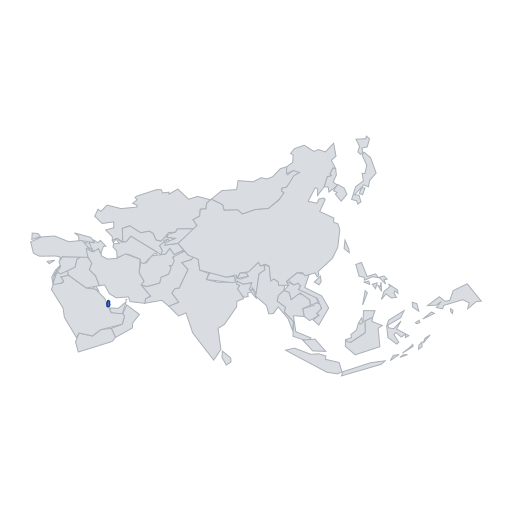 where Qatar sits in Asia
{"feature_id": "QAT", "entity_name": "Qatar", "entity_type": "country or territory", "adm_level": 0, "iso_a3": "QAT", "parent_name": "Asia", "parent_adm1": "", "projection": "albers", "projection_center": [51.193, 25.359], "detail": "fine", "context": "in_parent", "style": "filled", "palette": "blue", "viewbox_px": 512, "rotation_deg": 0, "n_neighbors": 45, "source": "natural_earth", "source_scale": "50m", "svg_char_len": 13275}
<svg xmlns="http://www.w3.org/2000/svg" viewBox="0 0 512 512"><path d="M210.2,199.8L206.5,203.5L206.1,208.9L200.3,209.2L199.7,216.0L193.0,219.8L197.0,225.4L195.9,228.8L177.3,228.9L175.6,232.2L168.6,232.5L161.9,241.1L155.9,240.0L153.2,233.5L149.4,231.2L140.8,232.8L129.8,225.9L122.3,228.4L122.9,242.0L117.1,238.4L112.3,240.4L112.3,236.7L105.7,230.0L113.8,227.7L113.7,221.9L102.2,223.5L94.7,216.3L98.0,209.2L100.9,211.3L107.1,205.1L121.0,208.6L136.8,207.1L137.4,205.4L132.7,203.4L137.2,199.7L135.1,197.6L136.3,196.3L156.4,189.7L161.3,189.7L162.6,192.9L169.0,192.2L169.0,194.1L177.8,189.1L188.7,199.2L197.7,196.4L210.2,199.8Z" fill="#d9dde1" stroke="#a8b0b8" stroke-width="1"/><path d="M122.9,242.0L122.3,228.4L129.8,225.9L140.8,232.8L149.4,231.2L153.2,233.5L155.9,240.0L160.8,241.3L168.2,234.2L167.0,237.2L175.3,238.4L171.8,241.7L168.2,241.9L168.0,239.2L164.0,240.6L162.2,245.4L159.6,245.5L162.4,250.6L161.1,254.6L130.8,236.2L126.4,241.8L122.9,242.0Z" fill="#d9dde1" stroke="#a8b0b8" stroke-width="1"/><path d="M467.2,283.8L481.3,301.2L476.4,301.5L467.7,308.7L469.2,302.9L462.6,299.7L443.8,305.4L442.6,308.8L436.4,307.5L441.2,301.6L436.1,305.2L427.5,305.6L439.3,296.7L444.9,301.3L449.8,300.4L453.2,290.6L467.2,283.8ZM422.0,341.9L422.1,346.7L418.5,349.3L418.9,345.3L422.0,341.9ZM452.5,313.5L450.6,311.7L450.6,308.7L453.0,310.3L452.5,313.5ZM372.6,317.4L372.1,321.5L382.3,325.5L378.1,328.3L379.9,346.7L355.2,354.8L345.3,346.3L345.6,339.8L350.7,342.3L362.5,334.7L365.2,332.5L364.9,320.8L372.6,317.4ZM422.8,319.0L431.5,312.0L434.4,313.4L422.8,319.0ZM419.8,322.6L417.0,323.7L415.4,322.8L419.1,320.3L419.8,322.6ZM412.2,302.2L416.9,303.7L418.8,311.2L412.6,307.0L412.2,302.2ZM388.5,320.3L404.1,310.6L400.7,317.7L387.9,325.1L388.7,327.8L393.6,328.7L401.0,321.0L396.6,329.0L408.9,335.7L405.3,337.6L405.6,334.1L401.2,337.1L395.9,332.3L393.9,334.7L398.8,342.3L396.7,344.1L387.9,337.5L386.7,326.1L388.5,320.3ZM407.6,354.6L399.9,357.4L403.2,354.8L407.6,354.6ZM402.4,353.1L409.9,347.4L412.7,344.4L413.1,346.3L402.4,353.1ZM393.3,355.4L399.1,354.5L390.3,360.6L393.3,355.4ZM342.9,371.7L370.7,362.7L385.1,360.8L381.2,364.3L341.4,375.9L342.9,371.7ZM325.4,359.3L339.2,362.5L341.9,371.9L337.5,373.9L326.7,372.2L285.6,350.2L294.4,348.1L310.7,354.3L318.9,353.8L325.9,356.0L325.4,359.3Z" fill="#d9dde1" stroke="#a8b0b8" stroke-width="1"/><path d="M423.3,343.0L424.9,338.3L430.1,334.9L423.3,343.0Z" fill="#d9dde1" stroke="#a8b0b8" stroke-width="1"/><path d="M57.8,269.9L54.3,275.0L53.0,284.1L51.7,277.2L55.3,270.3L57.8,269.9Z" fill="#d9dde1" stroke="#a8b0b8" stroke-width="1"/><path d="M60.7,266.6L55.4,270.3L60.4,265.1L60.7,266.6Z" fill="#d9dde1" stroke="#a8b0b8" stroke-width="1"/><path d="M56.5,273.2L53.9,276.9L55.3,272.5L56.5,273.2Z" fill="#d9dde1" stroke="#a8b0b8" stroke-width="1"/><path d="M56.5,273.2L67.5,270.5L68.4,275.3L60.9,277.1L63.8,281.3L56.8,285.7L53.0,284.1L56.5,273.2Z" fill="#d9dde1" stroke="#a8b0b8" stroke-width="1"/><path d="M109.7,307.9L118.3,308.3L126.1,301.8L122.1,314.5L111.2,312.8L109.7,307.9Z" fill="#d9dde1" stroke="#a8b0b8" stroke-width="1"/><path d="M95.1,285.1L98.8,291.0L92.5,288.7L95.1,285.1Z" fill="#d9dde1" stroke="#a8b0b8" stroke-width="1"/><path d="M68.4,275.3L67.5,270.5L75.1,267.1L76.6,259.8L81.6,256.2L87.9,257.3L91.8,263.2L89.4,269.7L95.5,275.7L99.4,285.7L86.2,288.1L68.4,275.3Z" fill="#d9dde1" stroke="#a8b0b8" stroke-width="1"/><path d="M122.8,313.7L126.7,304.9L139.4,314.4L132.7,322.9L132.4,328.0L115.5,337.4L111.3,328.3L122.3,324.2L124.5,316.4L122.8,313.7ZM126.8,299.5L125.4,300.5L126.4,299.2L126.8,299.5Z" fill="#d9dde1" stroke="#a8b0b8" stroke-width="1"/><path d="M304.2,316.5L302.7,308.6L314.0,305.3L314.6,302.2L320.1,304.0L321.6,308.4L316.7,313.7L319.2,315.2L309.7,320.6L304.2,316.5Z" fill="#d9dde1" stroke="#a8b0b8" stroke-width="1"/><path d="M310.5,305.2L302.7,308.6L304.2,316.5L293.4,315.7L295.8,331.7L310.9,337.9L307.9,341.3L293.0,336.3L293.6,321.8L284.3,312.1L285.4,307.3L277.0,301.1L278.4,295.3L283.8,290.4L289.2,292.3L291.2,299.6L297.5,293.8L304.0,294.7L309.9,300.0L310.5,305.2Z" fill="#d9dde1" stroke="#a8b0b8" stroke-width="1"/><path d="M318.3,302.1L310.5,305.2L309.9,300.0L300.2,292.9L291.2,299.6L289.2,292.3L283.8,290.4L288.5,285.4L286.4,281.4L293.9,284.9L298.0,283.2L300.7,285.8L298.4,289.4L315.3,296.2L318.3,302.1Z" fill="#d9dde1" stroke="#a8b0b8" stroke-width="1"/><path d="M283.8,290.4L278.4,295.3L277.0,301.1L285.4,307.3L284.3,312.1L293.6,321.8L292.4,330.1L288.1,318.8L278.2,306.9L273.4,313.5L268.7,313.8L266.5,305.6L255.5,295.9L258.9,273.9L264.8,269.7L263.9,265.1L269.3,266.3L270.6,280.8L273.9,278.9L278.4,281.9L278.5,285.3L285.3,283.8L283.8,290.4Z" fill="#d9dde1" stroke="#a8b0b8" stroke-width="1"/><path d="M313.0,319.8L319.2,315.2L316.7,313.7L321.6,308.4L317.3,298.3L298.4,289.4L300.7,285.8L298.0,283.2L293.9,284.9L287.9,280.2L297.1,272.7L308.9,275.1L304.8,287.5L321.8,296.0L328.7,308.0L318.8,325.1L313.0,319.8Z" fill="#d9dde1" stroke="#a8b0b8" stroke-width="1"/><path d="M335.6,168.6L336.4,174.9L333.1,182.1L337.7,185.4L328.9,192.1L328.1,186.9L324.1,186.9L325.0,183.6L327.2,176.7L331.3,175.6L329.9,174.2L332.8,167.9L335.6,168.6Z" fill="#d9dde1" stroke="#a8b0b8" stroke-width="1"/><path d="M333.5,190.8L337.6,184.4L344.3,188.2L346.9,194.3L341.2,201.2L335.4,194.2L337.1,192.4L333.5,190.8Z" fill="#d9dde1" stroke="#a8b0b8" stroke-width="1"/><path d="M211.2,199.2L221.9,190.6L236.6,189.6L238.1,180.6L253.1,181.8L261.2,177.7L266.7,179.0L272.6,176.8L280.3,168.7L286.7,166.7L287.8,174.7L293.2,170.5L299.3,171.2L286.7,187.1L282.0,188.2L281.6,191.0L284.0,192.7L281.6,197.4L268.4,208.5L255.3,209.6L242.4,214.1L237.6,209.9L224.1,210.3L222.5,204.7L211.2,199.2Z" fill="#d9dde1" stroke="#a8b0b8" stroke-width="1"/><path d="M263.9,265.1L264.8,269.7L258.9,273.9L256.1,293.4L252.5,288.1L251.7,290.9L249.2,289.6L251.7,282.8L243.0,284.3L237.2,281.2L236.7,284.1L239.7,285.4L237.6,289.0L240.0,289.4L243.4,298.7L236.9,301.3L236.6,306.8L224.5,324.3L218.1,328.3L220.9,349.4L213.7,360.1L192.7,332.9L186.0,312.9L178.5,316.0L168.8,306.2L178.6,302.2L171.8,293.0L175.0,288.4L179.1,288.1L187.9,269.5L181.6,262.6L191.4,259.5L193.8,255.7L198.2,259.4L199.8,270.1L208.7,273.5L206.5,279.5L218.6,282.4L235.5,281.8L236.0,274.9L237.4,278.5L240.8,279.0L248.3,276.3L246.1,273.1L258.5,262.2L260.2,265.8L263.9,265.1Z" fill="#d9dde1" stroke="#a8b0b8" stroke-width="1"/><path d="M252.5,288.1L256.7,298.8L251.0,292.1L247.8,292.9L248.1,296.7L243.5,297.2L237.6,289.0L239.7,285.4L236.7,284.1L237.2,281.2L243.0,284.3L251.7,282.8L249.2,289.6L251.7,290.9L252.5,288.1Z" fill="#d9dde1" stroke="#a8b0b8" stroke-width="1"/><path d="M246.1,273.1L248.3,276.3L237.4,278.5L240.0,272.9L246.1,273.1Z" fill="#d9dde1" stroke="#a8b0b8" stroke-width="1"/><path d="M234.2,276.3L235.5,281.8L232.7,282.7L206.5,279.5L209.9,272.3L226.2,277.1L234.2,276.3Z" fill="#d9dde1" stroke="#a8b0b8" stroke-width="1"/><path d="M193.8,255.7L191.4,259.5L181.6,262.6L187.9,269.5L179.1,288.1L175.0,288.4L171.8,293.0L178.6,302.2L168.8,306.2L161.7,300.3L144.7,303.3L145.6,298.6L150.5,296.2L141.1,285.0L147.0,286.5L159.6,283.0L161.0,277.3L168.6,274.0L174.2,255.3L184.2,251.2L188.3,255.2L193.8,255.7Z" fill="#d9dde1" stroke="#a8b0b8" stroke-width="1"/><path d="M151.4,255.9L165.4,254.1L169.8,248.3L174.0,254.4L178.0,250.8L184.2,251.2L172.6,257.2L174.2,260.5L172.5,265.3L169.4,265.6L171.1,268.0L168.6,274.0L161.0,277.3L159.6,283.0L147.0,286.5L141.1,285.0L143.9,281.2L139.1,272.8L140.6,262.4L146.4,262.9L151.4,255.9Z" fill="#d9dde1" stroke="#a8b0b8" stroke-width="1"/><path d="M161.1,254.6L162.4,250.6L159.6,245.5L168.0,239.2L169.5,241.7L165.1,245.0L178.1,243.4L183.5,250.2L174.0,254.4L169.8,248.3L165.4,254.1L161.1,254.6Z" fill="#d9dde1" stroke="#a8b0b8" stroke-width="1"/><path d="M168.2,234.2L175.6,232.2L177.3,228.9L195.9,228.8L178.1,243.4L165.1,245.0L165.1,242.8L175.3,238.4L167.0,237.2L168.2,234.2Z" fill="#d9dde1" stroke="#a8b0b8" stroke-width="1"/><path d="M112.3,240.4L117.1,238.4L121.4,242.2L126.4,241.8L130.8,236.2L156.7,252.0L156.9,254.3L154.3,253.5L144.0,263.6L140.6,262.4L140.1,259.2L127.7,254.1L117.0,257.6L116.7,251.0L113.0,247.0L113.6,243.8L119.2,243.4L116.0,239.1L113.3,242.8L112.3,240.4Z" fill="#d9dde1" stroke="#a8b0b8" stroke-width="1"/><path d="M99.4,285.7L95.5,275.7L89.4,269.7L91.8,263.2L86.3,254.2L86.2,248.7L92.5,251.6L98.5,248.6L102.0,256.2L107.2,259.0L116.7,258.5L125.4,253.9L140.1,259.2L139.1,272.8L143.9,281.2L141.1,285.0L150.5,296.2L145.6,298.6L144.7,303.3L130.1,301.6L128.4,296.9L116.3,297.8L109.4,293.8L104.6,284.9L99.4,285.7Z" fill="#d9dde1" stroke="#a8b0b8" stroke-width="1"/><path d="M57.2,272.0L60.7,266.6L59.0,261.7L62.2,256.7L80.2,256.7L76.6,259.8L75.1,267.1L60.7,273.9L57.2,272.0Z" fill="#d9dde1" stroke="#a8b0b8" stroke-width="1"/><path d="M93.6,251.5L85.0,245.5L84.9,242.4L91.0,243.7L93.6,251.5Z" fill="#d9dde1" stroke="#a8b0b8" stroke-width="1"/><path d="M87.9,257.3L62.2,256.7L59.9,260.3L60.3,257.1L55.8,256.0L39.5,256.2L33.4,253.2L30.7,241.9L41.2,237.0L54.6,236.0L68.8,241.7L82.1,240.4L88.4,247.7L86.2,248.7L87.9,257.3ZM32.2,233.1L38.0,233.5L40.5,236.6L31.8,239.4L32.2,233.1Z" fill="#d9dde1" stroke="#a8b0b8" stroke-width="1"/><path d="M230.8,358.1L231.0,362.0L226.3,365.0L222.0,357.4L222.4,351.1L230.8,358.1Z" fill="#d9dde1" stroke="#a8b0b8" stroke-width="1"/><path d="M319.1,284.8L314.3,282.0L320.4,276.1L321.2,281.7L319.1,284.8ZM178.1,243.4L197.0,225.4L193.0,219.8L199.7,216.0L200.3,209.2L206.1,208.9L206.5,203.5L211.2,199.2L222.5,204.7L224.1,210.3L237.6,209.9L242.4,214.1L255.3,209.6L268.4,208.5L278.9,200.1L284.0,192.7L281.6,191.0L282.0,188.2L286.7,187.1L293.9,175.7L299.6,172.5L293.2,170.5L286.5,173.8L286.7,166.7L292.7,162.4L293.2,155.0L290.6,153.5L294.4,148.7L304.2,145.2L313.8,151.4L318.5,149.6L325.5,151.9L333.6,143.2L336.0,156.2L331.3,160.2L335.6,168.6L332.8,167.9L329.9,174.2L331.3,175.6L327.2,176.7L324.1,186.9L317.5,195.4L317.6,188.7L315.2,187.8L308.1,201.3L317.0,203.2L318.8,199.1L323.8,198.0L325.2,199.5L319.7,211.6L333.7,217.9L333.8,222.4L337.9,223.8L339.8,229.9L337.7,247.6L332.3,258.4L318.2,271.5L318.8,275.7L317.1,276.8L315.1,272.9L305.1,275.7L302.5,272.7L297.1,272.7L286.4,281.4L288.5,285.4L278.5,285.3L278.4,281.9L273.9,278.9L270.6,280.8L269.3,266.3L265.7,264.2L260.2,265.8L258.5,262.2L248.6,271.8L240.0,272.9L237.1,277.8L236.0,274.9L226.2,277.1L199.8,270.1L198.2,259.4L188.3,255.2L178.1,243.4Z" fill="#d9dde1" stroke="#a8b0b8" stroke-width="1"/><path d="M345.0,240.1L348.9,249.2L349.2,252.7L344.1,248.5L345.0,240.1Z" fill="#d9dde1" stroke="#a8b0b8" stroke-width="1"/><path d="M93.7,239.9L97.9,242.7L100.3,240.3L105.8,246.2L103.3,246.4L101.0,253.4L98.5,248.6L93.6,251.5L91.0,247.1L89.2,242.0L93.9,242.9L93.7,239.9ZM92.5,251.6L90.3,251.0L88.4,247.7L91.3,248.8L92.5,251.6Z" fill="#d9dde1" stroke="#a8b0b8" stroke-width="1"/><path d="M74.5,232.9L90.9,237.4L94.3,242.5L78.8,240.3L78.8,236.2L74.5,232.9Z" fill="#d9dde1" stroke="#a8b0b8" stroke-width="1"/><path d="M369.6,284.4L364.1,282.1L368.9,281.0L369.6,284.4ZM381.6,291.4L377.9,285.4L380.4,286.6L381.0,282.0L381.6,291.4ZM388.4,284.0L397.4,289.8L398.0,293.4L394.7,291.0L394.1,293.6L396.6,297.3L391.4,298.0L386.0,293.9L381.4,299.5L384.0,291.4L390.2,286.3L388.4,284.0ZM367.4,292.9L362.6,305.0L365.2,290.6L367.4,292.9ZM361.5,262.4L367.1,276.5L375.6,273.9L378.4,277.7L372.6,276.7L364.4,280.2L364.3,277.3L359.1,276.3L355.8,264.5L361.5,262.4ZM375.5,288.7L372.3,284.2L377.1,282.8L375.5,288.7ZM383.9,276.0L387.1,279.1L384.0,279.8L385.6,284.0L379.0,277.3L383.9,276.0Z" fill="#d9dde1" stroke="#a8b0b8" stroke-width="1"/><path d="M302.8,340.1L315.0,339.1L325.7,351.4L312.7,350.9L302.8,340.1ZM372.6,317.4L364.9,320.8L365.2,332.5L350.7,342.3L347.2,341.7L345.6,339.8L351.5,337.6L350.9,334.5L356.4,330.1L358.5,323.2L363.0,321.8L363.5,310.6L375.0,310.7L372.6,317.4Z" fill="#d9dde1" stroke="#a8b0b8" stroke-width="1"/><path d="M361.5,317.9L363.0,321.8L361.0,324.1L358.5,323.2L361.5,317.9Z" fill="#d9dde1" stroke="#a8b0b8" stroke-width="1"/><path d="M370.6,157.7L376.1,173.0L369.6,180.6L368.4,186.9L364.0,184.8L354.6,194.7L359.0,195.2L360.9,201.9L357.8,204.1L356.5,200.7L351.6,199.5L355.6,186.8L363.4,180.8L362.1,173.3L364.9,173.5L366.8,165.4L362.1,154.9L364.2,152.3L370.6,157.7ZM365.8,138.7L366.4,136.1L369.6,138.8L367.1,147.0L361.8,148.1L363.0,152.3L360.4,154.4L357.8,151.8L359.6,146.5L356.0,139.2L365.8,138.7ZM359.3,193.5L361.4,187.8L364.9,187.9L362.7,194.7L359.3,193.5Z" fill="#d9dde1" stroke="#a8b0b8" stroke-width="1"/><path d="M111.3,328.3L115.5,337.4L112.0,341.5L78.3,352.0L75.5,341.9L79.0,333.0L92.5,336.0L100.6,329.7L111.3,328.3Z" fill="#d9dde1" stroke="#a8b0b8" stroke-width="1"/><path d="M53.1,284.6L62.0,283.1L63.8,281.3L60.9,277.1L68.4,275.3L86.2,288.1L95.5,289.2L104.7,298.4L111.2,312.8L122.8,313.7L124.5,316.4L122.3,324.2L100.6,329.7L92.5,336.0L79.0,333.0L76.5,337.6L64.4,317.4L63.0,307.9L51.4,289.5L53.1,284.6Z" fill="#d9dde1" stroke="#a8b0b8" stroke-width="1"/><path d="M54.8,260.2L49.1,263.7L47.1,261.4L54.8,260.2Z" fill="#d9dde1" stroke="#a8b0b8" stroke-width="1"/><path d="M108.6,306.5L108.2,306.6L107.9,306.7L107.7,306.7L107.4,306.5L107.1,306.2L106.9,305.8L107.0,305.5L107.1,305.4L106.8,304.3L106.8,303.4L106.8,303.2L107.2,302.6L107.3,302.1L107.6,301.1L108.0,300.7L108.5,300.5L109.0,301.0L109.5,301.4L109.6,301.9L109.5,302.3L109.3,302.9L109.4,303.2L109.4,303.4L109.6,303.9L109.7,304.4L109.8,304.8L109.7,305.1L109.5,305.4L109.1,306.3L108.6,306.5Z" fill="#3b82f6" stroke="#1e3a8a" stroke-width="1.5"/></svg>